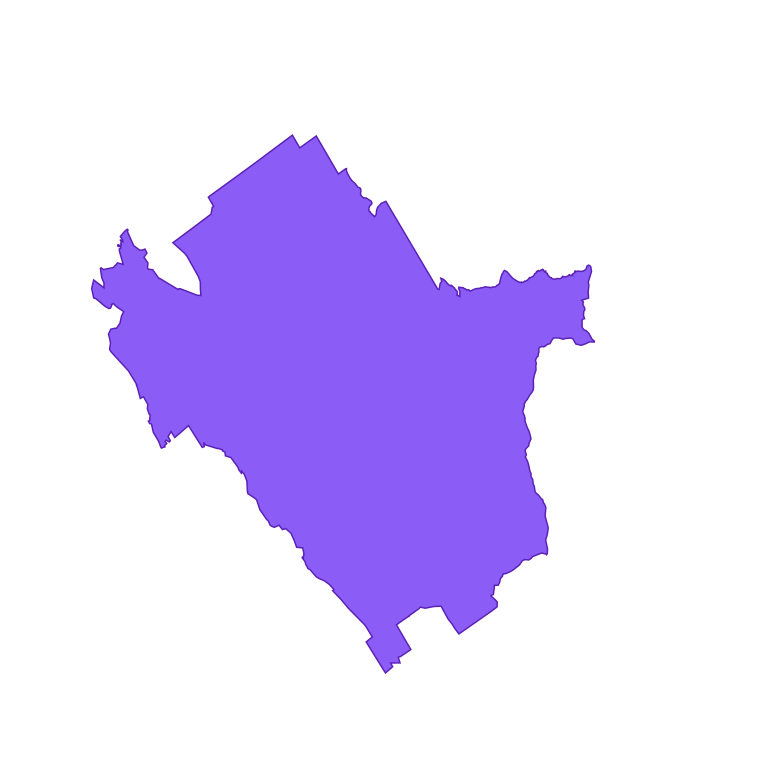 Rendas pag., Kuldigas, Latvia (Robinson projection), rotated 66°
{"feature_id": "27541924B10762740243269", "entity_name": "Rendas pag.", "entity_type": "district", "adm_level": 2, "iso_a3": "LVA", "parent_name": "Latvia", "parent_adm1": "Kuldigas", "projection": "robinson", "projection_center": [22.21, 57.075], "detail": "fine", "context": "isolated", "style": "filled", "palette": "violet", "viewbox_px": 768, "rotation_deg": 66, "n_neighbors": 0, "source": "geoboundaries", "source_scale": "gbopen_adm2", "svg_char_len": 6158}
<svg xmlns="http://www.w3.org/2000/svg" viewBox="0 0 768 768"><g transform="rotate(66 384 384)"><path d="M635.1,377.6L633.6,371.4L629.4,369.3L626.2,370.2L621.1,372.5L620.7,371.7L620.8,369.7L612.8,364.9L614.3,361.6L612.2,359.0L608.9,356.6L608.0,354.2L605.9,352.4L606.8,349.7L606.8,346.2L606.5,342.3L604.4,333.8L601.9,329.9L601.6,327.0L602.6,325.3L602.9,324.3L603.6,323.5L603.2,320.4L602.1,318.6L602.5,308.8L605.3,305.2L606.1,304.9L605.3,303.8L601.5,301.8L592.3,299.8L588.1,296.2L583.3,293.1L581.7,292.4L570.1,290.5L562.7,286.4L559.1,286.2L557.6,286.6L554.1,286.1L552.7,287.1L548.4,288.0L545.3,289.5L544.0,289.8L538.4,288.3L536.3,288.4L531.6,287.0L528.2,287.4L526.0,286.2L522.3,286.0L516.3,284.7L512.9,284.3L508.1,284.6L506.7,282.8L502.4,282.2L501.6,281.8L500.4,279.7L499.5,277.1L496.7,275.2L493.9,272.0L487.1,270.8L481.0,270.8L476.4,270.4L473.4,269.7L473.2,269.2L470.1,268.6L465.8,268.6L461.2,264.8L459.7,264.4L457.9,262.2L457.3,261.5L456.4,259.4L453.1,255.0L452.2,252.9L450.3,250.3L448.2,248.9L441.4,246.1L437.4,243.4L433.1,239.5L428.5,237.6L427.5,236.6L423.7,235.9L421.3,232.9L421.3,232.0L419.1,230.7L418.1,229.6L414.5,228.1L413.7,226.4L413.9,224.9L414.9,223.1L415.1,221.8L414.5,219.9L414.3,217.8L414.7,216.0L412.0,212.5L410.9,210.3L413.0,205.6L415.8,202.4L416.4,199.2L418.1,194.5L419.7,193.0L425.5,192.5L428.9,188.0L429.3,182.9L429.1,179.0L431.2,174.8L430.5,174.4L427.7,175.7L421.1,176.2L417.5,177.6L415.8,179.3L412.8,180.0L406.3,177.1L405.6,176.1L405.9,174.2L402.7,173.9L398.9,172.0L398.3,170.8L396.7,169.8L392.1,169.9L391.2,169.5L390.8,168.7L389.8,168.6L387.9,169.3L388.7,162.2L382.6,159.9L377.2,156.7L373.9,155.9L365.7,148.7L361.0,147.4L359.5,147.9L358.6,148.8L358.8,150.4L359.2,151.0L360.7,152.1L361.5,153.2L361.9,156.2L361.2,158.3L359.7,161.0L359.4,162.8L358.9,163.0L359.1,163.3L358.7,163.9L359.8,164.3L360.4,167.1L361.5,167.4L360.8,168.3L361.1,169.0L361.0,169.4L359.6,170.1L359.6,170.7L360.0,171.4L360.2,172.7L360.0,173.5L360.0,174.9L358.3,177.1L359.2,178.4L359.4,180.0L359.3,180.8L358.1,182.7L357.9,184.8L356.8,187.0L355.9,187.7L355.0,187.8L354.6,188.6L353.4,189.3L350.4,190.1L349.4,189.8L349.2,190.2L347.7,191.0L346.8,190.3L346.4,190.7L346.8,191.5L346.7,191.7L345.2,192.1L344.6,191.9L343.7,192.5L343.9,193.1L343.7,193.8L344.1,194.2L343.9,194.9L344.2,195.6L344.0,196.4L343.2,196.8L343.3,197.4L343.1,197.8L343.6,198.4L343.4,198.9L344.6,200.3L344.5,201.4L345.5,202.4L346.2,203.8L346.5,207.3L346.0,207.7L347.6,210.9L347.4,211.6L347.8,212.9L347.2,213.7L347.7,214.9L347.4,216.5L346.9,216.9L347.1,217.3L346.7,217.4L346.8,218.0L345.2,219.8L340.6,223.0L337.9,224.1L331.4,226.0L329.3,227.7L329.7,229.0L331.0,230.3L331.5,231.4L334.6,234.2L337.8,236.6L338.8,237.0L338.9,237.6L339.8,238.8L339.8,240.5L340.5,242.3L340.2,244.2L339.4,245.5L339.6,246.3L339.1,247.8L338.6,248.1L338.4,248.9L336.4,251.9L336.0,255.3L335.5,256.3L335.4,258.0L334.2,261.5L334.2,267.4L333.6,268.0L332.5,268.1L331.7,270.1L330.2,271.0L329.8,271.7L328.4,272.4L327.8,273.1L327.3,274.6L326.5,275.2L326.4,275.8L326.0,276.2L327.0,276.9L330.4,277.1L333.5,278.6L335.0,279.0L332.6,281.2L331.8,280.3L330.7,280.3L329.6,279.4L326.2,280.5L325.1,280.5L321.4,282.3L321.2,282.5L321.7,282.8L320.7,284.0L318.7,284.9L314.5,286.2L312.3,287.3L310.5,289.1L313.7,289.5L315.1,291.9L320.1,295.2L319.2,296.3L217.9,308.0L217.8,313.0L220.0,317.9L221.9,319.8L226.2,322.4L227.3,324.5L221.4,326.9L220.8,326.6L219.9,327.4L217.5,326.4L215.7,325.0L214.8,322.3L214.2,321.7L213.3,321.3L211.7,321.4L206.8,324.6L205.6,327.0L203.3,328.0L201.7,328.3L200.3,327.9L198.1,326.5L196.1,325.9L195.2,326.2L193.5,327.8L189.1,328.9L185.2,330.6L182.2,331.3L175.4,331.8L173.2,331.3L172.0,330.7L171.8,331.7L173.6,340.3L129.9,345.0L134.0,364.9L119.4,366.5L130.7,416.5L141.2,465.9L141.9,468.5L152.5,467.4L152.8,469.1L158.5,472.9L169.1,519.4L183.7,512.9L187.1,512.0L209.8,509.9L215.7,510.2L223.6,513.5L228.7,515.2L227.6,517.1L227.2,518.3L214.1,531.4L213.5,532.6L213.9,533.5L213.6,533.9L196.1,546.1L196.0,546.7L185.6,548.8L183.1,552.7L181.7,552.8L177.4,550.4L170.6,551.7L168.0,547.3L163.5,547.5L163.3,550.8L162.2,552.8L155.8,556.4L140.4,556.4L139.2,555.2L138.2,555.6L138.4,556.8L139.3,559.4L142.0,564.9L145.7,564.2L147.7,564.7L144.8,566.4L147.4,566.2L148.7,567.5L149.5,567.3L150.6,567.9L150.7,568.3L148.7,570.1L148.7,570.5L149.3,571.0L149.6,571.1L150.5,570.5L151.2,569.0L151.6,568.8L152.8,569.3L153.1,570.0L152.9,570.8L154.7,571.6L168.6,573.6L165.0,578.1L167.5,584.0L165.3,593.8L162.9,595.1L162.9,595.6L163.1,596.0L166.1,597.0L172.3,598.6L177.8,598.7L182.2,600.7L170.9,606.9L177.8,612.2L187.4,614.2L189.0,612.4L199.5,607.3L202.8,604.9L203.3,604.3L203.4,602.9L200.9,600.3L200.5,600.3L200.4,598.6L204.5,596.9L212.0,592.4L215.1,596.1L221.2,600.6L224.3,605.8L223.6,607.3L222.8,611.3L226.4,615.4L232.6,616.5L235.8,617.4L240.5,620.5L241.1,620.6L243.4,620.3L268.1,612.1L284.0,610.1L284.1,610.6L286.7,610.7L298.1,612.5L297.8,608.9L306.7,608.1L310.4,610.3L316.2,610.8L317.5,610.2L320.1,612.0L322.0,612.8L322.1,614.4L324.9,614.1L326.0,612.7L334.2,614.4L344.9,613.2L351.5,613.6L352.0,613.4L352.3,609.7L351.2,609.8L350.0,606.7L347.6,607.4L346.7,605.8L349.6,603.7L349.0,602.3L344.2,602.6L340.9,597.9L347.8,596.9L342.5,579.5L368.0,575.8L368.1,573.7L364.0,572.5L366.9,572.0L375.0,562.7L375.9,561.1L378.5,558.4L379.5,558.7L381.5,557.0L385.1,558.1L388.9,553.8L400.5,551.3L403.6,551.5L407.5,550.6L406.8,549.6L406.1,549.4L409.6,548.4L416.8,548.7L426.7,552.5L428.7,553.0L435.6,548.6L438.1,547.5L448.3,548.5L460.1,546.3L461.8,545.4L466.5,545.5L468.1,544.6L470.3,542.5L470.4,537.3L475.7,536.0L476.1,532.7L482.3,529.7L490.7,529.7L497.6,530.2L500.7,524.9L506.2,526.1L510.5,528.6L509.1,529.1L509.4,529.4L514.1,528.4L516.8,528.8L521.7,528.5L523.7,527.0L532.4,524.4L535.1,522.6L539.4,518.6L544.6,515.6L551.0,513.4L551.6,513.5L551.9,515.0L563.1,511.0L575.1,507.5L595.6,499.8L597.7,499.2L610.3,497.6L612.4,505.2L648.6,500.2L645.8,491.1L641.6,491.4L645.3,482.8L639.4,482.1L639.5,480.9L639.7,480.0L637.5,467.5L609.1,470.6L607.6,463.7L606.4,456.9L606.4,455.7L606.1,455.7L605.8,454.8L603.4,443.2L602.6,441.9L602.6,441.6L605.6,437.5L607.5,429.1L610.2,422.2L625.0,421.0L631.1,419.4L636.4,418.7L642.8,417.2L635.1,377.6Z" fill="#8b5cf6" stroke="#5b21b6" stroke-width="1.5"/></g></svg>